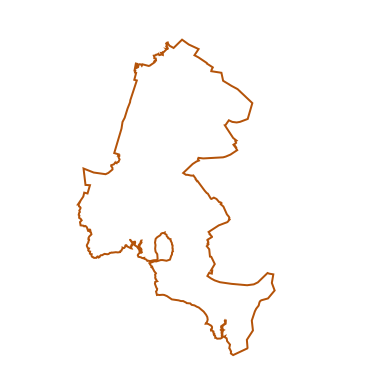 outline of Maungakiekie-TÄmaki Local Board Area, Auckland, New Zealand, rotated 109°
{"feature_id": "76426892B3481372105760", "entity_name": "Maungakiekie-TÄmaki Local Board Area", "entity_type": "district", "adm_level": 2, "iso_a3": "NZL", "parent_name": "New Zealand", "parent_adm1": "Auckland", "projection": "natural_earth1", "projection_center": [174.844, -36.902], "detail": "fine", "context": "isolated", "style": "outline", "palette": "amber", "viewbox_px": 384, "rotation_deg": 109, "n_neighbors": 0, "source": "geoboundaries", "source_scale": "gbopen_adm2", "svg_char_len": 6080}
<svg xmlns="http://www.w3.org/2000/svg" viewBox="0 0 384 384"><g transform="rotate(109 192 192)"><path d="M69.7,203.0L71.5,213.1L70.1,213.3L67.4,212.9L65.7,219.8L65.2,220.0L62.6,229.8L61.9,234.2L54.7,232.3L53.6,243.0L51.2,251.0L61.8,256.3L61.0,260.9L59.6,262.9L58.5,263.6L58.9,264.2L60.0,264.8L61.4,263.5L62.6,263.7L63.0,262.6L63.5,262.2L63.5,262.6L64.4,261.6L64.8,261.8L65.0,262.7L65.1,262.4L69.3,264.5L69.3,265.2L70.5,265.8L70.6,266.3L71.1,265.7L71.3,264.4L71.9,264.2L71.8,266.0L72.4,266.2L73.2,267.5L72.2,268.7L73.2,269.4L73.9,270.7L74.5,270.8L75.5,272.5L76.6,271.6L77.8,271.2L77.6,269.7L79.4,268.8L80.2,270.0L80.8,270.2L81.1,269.5L81.4,269.5L86.3,273.1L86.9,274.0L87.4,280.4L88.9,280.6L88.0,281.8L88.4,283.6L89.1,283.9L91.5,283.6L92.7,284.8L88.7,285.7L88.8,286.9L95.9,285.9L95.8,285.1L97.6,284.8L97.6,283.6L104.7,283.1L104.5,280.5L125.4,280.2L127.3,279.8L134.0,280.1L143.7,279.8L148.4,280.5L155.0,279.3L180.5,278.2L180.3,273.6L181.7,273.7L181.2,272.6L181.6,272.5L181.8,273.0L183.3,272.6L184.7,271.1L187.5,271.3L188.3,272.5L189.3,272.6L189.3,273.3L189.7,274.1L189.4,274.3L191.3,274.9L193.0,277.1L193.9,276.8L194.9,275.2L196.6,274.5L201.2,277.3L203.3,279.5L205.6,291.3L205.1,302.2L220.0,295.0L218.8,290.7L227.4,290.3L227.7,293.7L231.7,293.3L239.9,295.5L239.4,294.9L241.3,295.2L241.7,294.5L242.4,294.1L242.7,292.8L243.1,292.3L243.9,292.1L246.3,292.5L247.4,291.5L248.5,291.9L250.5,291.7L250.9,290.8L252.5,290.6L253.4,290.0L253.5,288.7L254.7,287.1L256.9,288.1L259.8,286.5L259.2,283.6L259.6,282.8L258.9,282.0L258.9,281.4L259.6,279.9L262.6,277.6L262.5,276.9L261.0,276.9L260.8,276.2L261.2,275.7L263.1,275.0L263.1,274.4L264.8,273.3L267.6,274.7L269.2,274.9L270.3,274.6L270.3,273.9L271.0,273.6L272.3,273.9L273.2,273.6L276.4,274.1L277.2,273.9L278.9,272.3L278.9,271.0L280.7,271.3L281.6,270.2L281.5,268.9L283.5,268.5L283.7,267.9L283.5,266.6L284.5,266.5L285.3,266.0L286.0,264.9L285.8,264.0L286.2,263.2L285.3,260.9L284.0,260.6L283.6,260.1L284.3,258.9L283.5,258.2L282.3,258.1L281.4,257.5L281.1,256.5L279.0,254.6L278.4,251.7L277.8,250.7L276.2,249.7L276.1,249.1L275.3,248.1L275.3,247.6L273.7,244.4L273.3,242.5L272.2,240.4L271.5,240.6L270.4,239.6L269.3,239.7L268.1,239.2L267.3,239.5L267.4,238.8L266.9,237.8L265.1,237.3L264.3,237.6L263.7,237.1L263.9,236.3L264.5,235.9L265.1,231.6L265.0,230.8L264.1,231.7L263.2,232.1L262.8,231.7L262.1,231.9L261.9,231.3L261.0,231.5L260.8,231.1L260.6,231.5L260.0,231.1L257.5,234.9L256.6,235.1L257.5,234.7L259.1,231.6L257.8,230.4L257.6,229.7L258.3,229.3L260.9,229.0L261.6,226.3L263.7,223.2L265.2,222.3L264.6,221.9L263.2,221.9L262.5,222.5L262.8,223.3L262.7,224.0L261.6,224.8L259.3,225.0L257.3,224.2L255.4,224.3L254.5,224.2L254.4,224.0L255.7,223.9L256.2,223.3L259.1,224.2L261.0,223.8L261.5,223.3L262.1,221.7L263.1,220.9L264.9,220.7L264.7,220.4L265.3,219.8L265.9,220.1L266.6,221.8L268.6,222.6L269.4,222.7L270.7,221.6L270.4,219.0L270.7,217.4L269.8,215.7L270.6,215.5L270.8,213.0L271.7,211.8L271.1,210.7L271.1,209.3L269.1,206.2L268.0,203.5L267.6,202.9L266.3,202.8L262.1,204.6L260.3,207.0L257.6,208.4L254.1,209.2L251.9,210.5L248.1,211.1L246.1,210.2L243.2,207.9L241.5,207.6L240.5,206.7L240.0,205.4L239.2,204.6L240.2,204.3L240.7,202.2L242.1,201.4L242.9,199.6L243.5,199.4L243.6,197.1L244.0,197.2L244.6,196.3L245.0,196.3L246.7,194.5L248.4,193.7L248.7,193.0L251.5,192.2L252.1,191.6L253.4,191.4L254.2,190.7L255.5,191.2L257.7,190.6L259.1,190.9L263.1,190.8L265.3,193.7L265.9,197.5L266.6,199.5L269.3,203.2L269.7,204.9L273.2,209.1L275.2,206.6L275.4,205.5L275.9,205.1L276.4,205.5L276.7,204.5L279.3,201.8L280.6,199.6L282.1,200.0L284.1,199.0L285.1,198.9L286.2,198.0L286.3,197.4L287.3,196.8L287.7,195.9L289.0,197.5L290.8,197.2L294.1,194.5L294.9,193.4L296.5,193.2L297.8,193.6L300.8,191.6L300.2,190.6L300.1,189.5L298.7,186.2L298.4,184.7L298.6,181.7L300.1,176.1L298.8,169.4L298.7,167.0L298.0,164.8L298.5,161.4L298.8,160.9L297.9,157.3L298.8,155.7L298.4,152.7L298.9,150.2L299.0,148.0L301.3,142.0L303.5,138.7L305.3,136.8L307.6,135.6L310.0,135.5L311.2,136.0L311.5,135.7L311.7,136.2L312.1,136.2L311.6,135.0L311.5,133.6L312.2,130.2L313.1,129.1L314.0,128.8L314.9,128.7L315.7,129.4L316.8,128.9L316.5,128.0L316.9,126.3L318.0,126.1L318.6,125.0L319.3,125.2L319.8,124.8L319.7,124.4L320.3,124.3L320.5,123.3L322.3,122.5L322.0,121.9L322.5,120.5L321.2,117.2L320.0,116.2L317.9,117.2L317.0,117.3L315.6,118.2L313.9,118.6L313.2,119.1L313.0,120.0L312.6,120.5L312.9,119.4L312.3,118.9L311.5,119.3L310.7,120.3L309.5,120.7L305.6,118.0L304.6,118.1L303.1,119.1L302.7,119.0L303.1,118.5L302.8,118.1L305.6,117.3L307.4,118.7L309.9,119.9L310.6,118.9L312.1,118.0L312.2,117.2L313.1,118.0L313.8,117.5L315.3,117.5L318.4,116.2L318.9,115.6L318.3,114.3L317.7,113.8L318.6,113.8L319.1,111.6L321.6,110.2L323.9,106.4L327.6,105.9L328.3,104.8L329.5,103.9L329.9,103.2L332.0,102.7L332.8,100.0L321.9,88.8L321.2,88.8L313.9,92.0L303.1,89.3L294.1,93.6L284.4,93.7L281.4,93.3L277.7,92.0L274.3,92.3L272.9,92.0L271.8,91.2L267.9,85.5L258.2,81.8L252.0,86.9L243.4,88.3L244.1,92.6L244.0,94.2L256.0,100.3L259.2,103.5L262.2,109.5L266.0,124.8L268.2,136.2L268.2,141.8L267.6,145.6L266.4,150.1L262.9,149.5L262.7,146.7L259.7,147.3L260.2,148.6L252.7,147.0L247.0,152.7L247.2,154.0L240.5,157.1L238.4,160.4L236.3,159.5L236.0,160.4L235.0,160.0L234.8,160.4L234.0,160.3L232.5,161.8L231.9,161.2L231.6,161.4L228.1,158.5L227.7,158.6L226.3,161.3L226.1,161.1L224.4,163.3L214.8,155.8L208.9,148.7L205.8,147.5L205.6,148.2L204.3,148.2L203.3,149.2L201.8,151.7L195.5,157.6L194.2,160.9L192.9,160.5L192.5,161.5L192.7,163.0L190.6,166.6L190.2,169.5L192.2,171.3L192.2,172.0L188.4,176.5L188.2,177.7L186.6,180.5L179.7,190.5L180.1,190.8L178.7,192.8L178.2,192.8L175.9,196.1L176.3,196.6L176.8,198.4L177.2,201.8L177.7,203.3L176.9,206.5L165.3,200.5L161.7,197.7L160.0,195.7L159.0,197.1L157.6,197.0L156.6,192.3L149.1,173.9L147.6,171.7L144.1,167.8L137.7,162.9L135.9,165.1L135.5,164.8L134.7,165.8L135.2,166.1L133.8,168.2L133.4,167.9L133.6,167.7L131.2,166.3L129.8,167.6L128.9,166.7L127.5,170.7L118.2,182.7L117.8,182.1L112.2,180.5L112.6,176.7L111.7,172.4L110.1,169.5L104.8,163.1L88.3,163.9L79.9,182.4L78.8,189.2L76.7,198.8L69.7,203.0Z" fill="none" stroke="#b45309" stroke-width="2"/></g></svg>